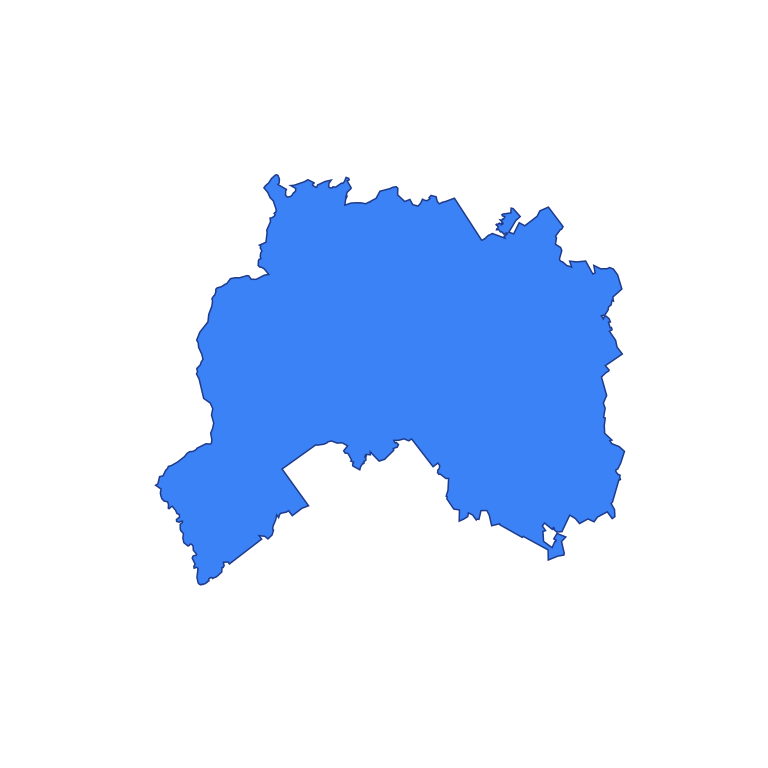 outline of Ģibuļu pag., Talsi, Latvia, rotated 62°
{"feature_id": "27541924B60318700247351", "entity_name": "Ģibuļu pag.", "entity_type": "district", "adm_level": 2, "iso_a3": "LVA", "parent_name": "Latvia", "parent_adm1": "Talsi", "projection": "orthographic", "projection_center": [22.362, 57.197], "detail": "fine", "context": "isolated", "style": "filled", "palette": "blue", "viewbox_px": 768, "rotation_deg": 62, "n_neighbors": 0, "source": "geoboundaries", "source_scale": "gbopen_adm2", "svg_char_len": 6170}
<svg xmlns="http://www.w3.org/2000/svg" viewBox="0 0 768 768"><g transform="rotate(62 384 384)"><path d="M463.5,564.8L459.2,565.5L462.6,560.7L466.3,559.2L464.8,553.8L461.1,550.1L459.9,550.4L457.5,548.8L453.1,543.4L449.2,540.2L452.5,539.8L450.3,537.5L449.7,536.0L451.3,530.2L451.0,527.8L457.2,526.8L455.2,514.6L456.1,507.8L411.2,513.9L405.7,472.7L406.7,471.6L408.9,465.4L409.2,462.3L408.8,460.4L409.6,457.2L414.2,453.1L416.3,448.5L421.5,445.2L424.1,451.0L426.8,450.8L428.0,448.7L429.0,448.4L435.7,448.3L436.5,449.5L438.8,447.5L439.9,449.3L441.7,450.0L448.4,445.7L446.0,443.4L444.2,440.2L444.7,439.7L444.4,438.6L443.0,438.2L442.9,435.9L440.8,434.7L439.5,435.3L439.0,434.6L439.7,434.3L439.3,433.5L438.1,433.6L438.4,433.0L438.0,432.6L440.1,429.3L437.5,428.0L449.8,424.5L450.8,418.8L447.1,406.5L445.3,406.1L446.0,401.9L444.3,399.7L441.5,400.5L441.2,401.8L438.4,401.8L440.7,397.1L441.8,392.1L445.8,388.8L445.5,385.4L480.1,379.5L479.1,373.5L482.1,373.1L484.7,374.9L485.1,376.6L487.3,378.3L489.6,377.9L489.6,376.8L496.5,373.7L497.7,371.3L507.9,377.4L512.3,381.8L513.2,381.1L514.9,382.4L527.2,381.1L530.6,376.5L540.4,382.0L540.7,377.0L540.4,372.3L537.4,370.0L541.3,367.2L547.4,366.4L547.0,365.3L548.1,363.7L541.3,357.8L544.0,352.6L549.0,352.6L559.7,355.5L561.7,347.5L562.7,347.8L584.4,333.9L584.0,332.5L607.5,317.0L616.5,321.6L617.6,311.2L619.5,305.5L618.0,304.3L606.4,301.2L604.4,295.3L597.2,301.4L600.5,306.8L602.7,305.3L603.7,306.4L603.3,307.1L607.4,312.4L597.9,317.0L588.8,312.9L589.3,310.2L583.7,310.8L582.1,307.6L591.3,303.7L590.3,301.9L591.3,301.3L592.2,302.3L595.9,300.9L596.5,299.4L597.9,296.2L587.0,281.6L592.6,278.2L599.0,276.9L598.9,267.3L604.3,263.2L601.7,258.0L601.7,246.9L610.0,245.7L609.5,242.4L603.1,239.4L596.2,239.6L595.4,237.6L578.8,221.5L579.4,220.9L579.3,220.0L576.9,219.6L575.4,218.4L573.2,220.0L569.9,220.4L568.7,219.5L568.8,217.5L564.9,212.1L556.4,203.3L549.7,205.7L543.7,210.8L540.1,211.3L540.5,209.1L531.2,212.3L524.2,209.1L517.9,204.6L516.6,205.8L509.2,200.1L503.8,199.3L498.7,192.8L479.9,188.7L478.2,182.8L478.1,179.8L477.4,178.7L471.7,180.0L469.4,159.5L460.9,160.9L454.1,159.0L443.2,160.2L443.2,157.3L442.7,157.0L440.9,156.7L440.6,157.9L434.9,156.8L435.5,155.0L432.1,154.6L428.6,155.9L427.8,157.6L429.5,159.8L425.8,160.1L426.7,156.4L423.8,151.3L421.4,149.6L420.8,146.3L417.2,143.5L418.5,142.5L414.7,141.2L411.8,129.4L397.4,126.5L390.2,127.5L387.1,130.1L386.9,133.0L384.1,138.5L377.8,143.1L385.0,145.4L384.9,148.0L370.1,148.2L366.7,156.5L362.7,162.4L368.8,163.4L365.2,167.0L360.0,169.0L358.7,170.3L356.8,170.7L355.5,170.0L349.7,164.4L346.3,164.0L341.1,167.0L335.8,163.0L334.1,163.3L330.5,155.8L330.8,154.7L329.1,152.0L305.0,155.8L304.3,165.1L307.8,170.0L310.4,185.4L305.1,188.9L312.3,199.0L308.6,202.5L301.6,191.0L300.1,185.1L289.8,187.6L288.4,189.2L292.5,191.7L289.8,199.1L289.9,200.4L291.2,200.5L292.9,198.7L294.6,201.0L294.0,201.6L294.6,203.2L293.7,204.3L297.9,203.4L298.5,204.0L298.5,205.4L297.6,204.6L297.2,205.0L297.4,206.1L296.1,206.6L296.4,208.4L295.7,209.6L296.0,210.3L298.9,209.2L300.1,210.9L299.9,211.6L300.7,212.3L301.4,210.3L304.4,209.8L304.9,208.6L308.2,207.7L308.0,205.3L308.8,204.4L309.6,205.4L310.0,208.5L312.0,208.7L301.9,217.8L302.1,220.5L301.7,221.8L302.5,225.1L303.2,226.2L302.8,227.1L303.2,228.2L302.9,230.3L253.0,234.6L251.6,245.1L251.0,246.5L250.9,250.6L247.8,251.3L243.1,250.1L239.6,254.0L240.6,256.7L241.9,256.4L242.4,259.6L241.3,261.5L238.9,263.3L241.5,266.6L242.9,270.4L239.2,274.4L233.2,274.5L232.6,280.0L223.4,283.2L217.7,279.9L215.6,280.6L214.4,283.8L214.3,286.9L211.9,297.1L216.4,303.9L216.3,309.6L216.8,311.0L216.4,311.0L216.2,315.7L213.2,319.3L210.0,325.4L208.7,328.4L207.7,334.6L203.1,331.3L201.1,328.8L201.0,329.8L197.4,326.6L196.0,321.5L195.4,320.9L187.4,321.2L187.4,318.9L185.9,318.6L183.8,320.5L186.6,323.8L187.5,326.3L186.7,327.2L187.5,334.3L185.9,336.5L186.4,337.6L185.7,339.5L183.9,340.3L180.9,338.3L179.2,334.9L177.6,340.6L177.1,349.3L178.6,350.7L178.6,351.5L175.1,353.8L173.9,353.1L174.1,351.8L173.5,351.3L167.9,355.3L168.0,359.7L166.3,370.2L165.0,373.2L169.9,370.1L172.3,371.7L172.9,374.6L174.2,376.6L174.5,378.8L173.7,381.4L171.3,382.4L167.5,380.2L166.4,378.8L158.0,384.0L157.3,382.2L153.9,380.1L150.1,379.7L149.0,380.4L148.5,381.8L149.8,387.0L152.2,391.1L153.4,395.9L154.4,397.9L160.3,396.7L166.0,397.1L170.3,395.8L179.3,397.3L181.6,398.8L181.4,399.9L181.8,400.9L183.6,400.8L184.4,402.3L184.6,405.1L184.0,406.7L187.4,408.0L193.1,415.3L195.4,416.1L203.4,421.7L202.9,428.8L204.2,428.0L205.8,429.4L209.1,429.3L210.6,431.5L213.3,433.4L215.5,433.8L215.3,435.6L215.8,436.7L220.3,439.5L222.4,438.8L223.6,437.2L226.1,435.7L233.2,434.3L231.7,438.6L231.6,447.7L229.2,452.1L225.1,452.6L224.0,454.1L222.3,462.1L220.4,465.3L218.9,470.1L221.6,475.8L221.3,477.6L221.8,481.6L220.8,486.2L221.4,488.0L223.9,489.4L226.2,491.9L226.2,492.8L227.8,495.8L230.5,496.6L234.4,499.4L240.3,506.1L246.5,510.3L251.8,522.3L257.3,528.8L260.3,528.7L264.7,530.5L272.2,530.9L277.1,532.2L279.0,535.4L280.9,537.3L282.4,542.0L286.0,543.1L287.0,544.8L292.8,544.9L312.1,550.0L319.2,546.4L325.3,546.7L330.5,550.9L338.6,552.7L343.1,556.5L346.0,560.1L352.5,562.2L355.2,564.2L355.7,565.3L353.2,569.2L352.9,579.1L353.7,580.9L353.9,584.0L352.5,587.5L352.8,590.5L354.5,594.4L356.0,603.0L356.2,610.3L355.5,613.0L357.0,614.9L357.7,617.3L361.4,622.3L360.4,625.6L366.0,630.5L366.2,633.2L372.1,630.1L375.0,632.5L377.8,633.5L381.1,634.0L384.2,633.1L386.4,630.4L389.1,630.8L392.5,632.8L393.2,632.3L392.4,629.2L392.6,628.4L397.5,627.3L401.3,627.6L403.1,626.0L405.6,627.1L406.2,630.9L408.0,631.6L409.9,629.6L409.9,627.4L410.6,626.3L411.6,627.0L412.2,629.8L416.2,631.9L418.0,632.3L421.9,631.3L425.5,633.9L430.2,635.2L435.0,633.1L435.1,631.8L434.4,630.1L435.4,629.0L437.7,628.7L441.1,630.4L446.3,629.4L447.1,630.3L446.3,632.2L446.3,633.5L447.7,635.1L454.4,635.3L455.8,637.6L457.5,638.1L457.8,635.6L459.5,634.8L467.0,640.0L472.5,641.5L474.2,641.0L475.4,640.0L475.1,639.2L476.1,637.9L475.8,637.3L476.4,635.7L475.9,632.7L475.4,632.5L475.7,631.0L473.6,630.1L473.7,627.2L475.4,626.5L475.2,625.8L475.6,622.3L473.8,615.5L470.1,613.3L470.5,612.1L469.3,610.4L466.0,609.6L467.9,605.2L470.3,605.0L463.5,564.8Z" fill="#3b82f6" stroke="#1e3a8a" stroke-width="1.5"/></g></svg>